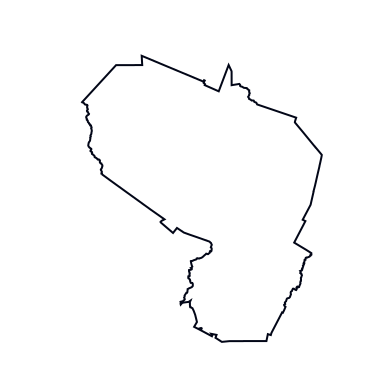 Villagrán, Tamaulipas, Mexico, rotated 289°
{"feature_id": "50627088B25929785695958", "entity_name": "Villagrán", "entity_type": "district", "adm_level": 2, "iso_a3": "MEX", "parent_name": "Mexico", "parent_adm1": "Tamaulipas", "projection": "mercator", "projection_center": [-99.363, 24.589], "detail": "fine", "context": "isolated", "style": "outline", "palette": "ink", "viewbox_px": 384, "rotation_deg": 289, "n_neighbors": 0, "source": "geoboundaries", "source_scale": "gbopen_adm2", "svg_char_len": 5849}
<svg xmlns="http://www.w3.org/2000/svg" viewBox="0 0 384 384"><g transform="rotate(289 192 192)"><path d="M179.3,101.5L176.1,111.8L161.8,159.0L157.2,174.9L155.2,173.0L154.8,172.6L153.4,172.0L152.8,172.9L147.1,187.4L153.1,189.5L151.0,197.5L150.9,203.7L150.9,211.9L150.8,224.6L150.7,225.0L150.2,225.7L150.1,226.4L148.5,227.9L145.8,227.8L145.2,228.9L144.1,229.3L143.4,229.4L142.7,229.6L142.1,229.4L142.1,228.4L141.7,228.2L141.0,228.5L140.5,228.6L139.2,227.8L138.7,227.6L138.4,227.3L138.4,225.9L138.3,225.5L137.4,225.2L136.6,224.6L134.3,223.4L133.5,222.9L132.4,221.8L132.0,221.0L131.5,220.6L131.3,220.1L131.2,218.8L130.7,218.1L130.0,218.2L129.6,217.9L127.8,215.5L127.1,215.0L126.7,214.3L126.5,213.7L126.3,213.4L126.0,213.5L124.1,214.6L122.5,215.7L121.5,216.6L120.6,216.3L119.9,215.7L119.7,216.4L119.3,216.9L118.8,216.9L118.0,216.1L117.2,214.6L116.3,214.9L115.7,215.2L115.2,215.9L114.6,215.9L114.0,216.5L111.9,216.6L111.8,217.1L111.4,217.0L111.0,216.0L109.9,216.3L109.2,216.7L108.9,218.0L108.5,218.6L108.0,218.7L107.6,219.2L106.8,219.4L105.7,220.4L106.1,221.9L105.6,222.5L104.3,223.1L103.2,223.3L101.9,222.7L100.7,221.4L99.6,220.2L99.0,219.8L98.8,219.5L95.9,220.2L95.1,220.1L94.9,219.5L91.7,218.7L90.7,219.1L89.6,218.9L88.7,219.8L88.1,220.1L87.4,219.9L86.5,219.2L85.6,218.9L85.3,218.3L85.0,218.6L84.8,218.4L85.0,217.7L84.5,217.0L84.0,217.5L83.6,217.3L82.5,217.6L81.9,218.0L83.4,218.6L84.1,219.1L84.8,220.2L87.0,224.6L88.9,226.0L88.7,226.0L88.0,225.6L87.6,225.7L87.2,225.5L86.8,225.8L86.8,226.0L86.1,226.3L85.5,226.4L85.0,226.6L84.5,226.9L84.0,227.0L83.4,227.3L83.2,227.7L82.7,227.6L82.5,227.8L82.6,228.1L82.4,228.8L82.3,230.2L80.2,232.3L76.9,235.0L70.7,239.0L65.2,237.9L64.4,243.5L65.3,243.3L66.4,244.9L66.3,245.5L66.1,245.6L65.7,245.4L64.9,245.6L64.1,245.4L63.7,248.0L62.1,257.8L62.8,257.8L63.5,257.9L64.2,256.7L64.9,261.7L61.8,261.7L60.0,269.0L63.2,276.0L75.3,310.9L82.3,310.0L82.4,313.1L84.7,313.0L107.5,316.4L107.4,317.2L110.2,317.6L113.9,317.8L114.5,316.5L115.1,315.9L115.4,315.8L116.4,316.6L117.7,315.8L118.9,316.2L119.3,316.5L121.6,316.4L122.3,316.6L122.6,316.9L123.0,317.6L123.6,318.4L124.6,318.8L126.5,318.8L127.4,318.9L128.8,318.1L129.4,318.0L129.9,318.0L130.1,318.1L131.1,318.8L132.1,318.7L133.4,318.9L133.5,319.0L133.7,319.7L133.4,320.9L133.2,321.6L133.2,322.4L133.5,322.5L134.3,322.6L136.1,322.0L136.7,322.2L136.9,322.4L136.8,322.8L136.0,322.4L136.1,323.0L136.8,323.9L137.0,324.2L137.4,324.2L137.9,324.1L139.9,324.3L140.9,324.3L141.8,323.8L142.9,323.7L143.0,323.9L143.3,324.0L145.3,323.4L145.9,323.0L146.3,322.9L147.0,323.1L148.1,323.0L149.0,323.1L149.3,322.9L149.6,322.6L149.7,322.2L150.3,322.1L150.7,321.6L150.6,320.8L151.8,320.5L152.1,320.6L152.4,320.4L152.6,320.1L153.4,321.2L153.8,321.2L154.1,321.5L154.4,321.5L154.5,321.3L154.7,321.1L155.2,321.0L155.4,321.0L155.6,321.3L155.9,321.4L156.3,321.2L156.8,321.3L157.7,321.4L158.2,321.2L158.5,320.9L159.2,321.3L159.6,321.4L159.9,321.1L160.6,321.4L160.8,321.4L160.7,320.9L160.8,320.7L161.0,320.7L161.6,321.1L161.9,320.8L162.3,320.9L163.2,320.9L164.4,320.5L164.8,320.7L164.9,321.3L166.8,321.0L167.4,321.6L167.4,322.1L169.1,324.1L169.8,324.4L170.2,324.7L170.5,324.5L171.2,325.1L171.4,324.9L171.5,325.2L172.1,325.2L172.3,324.9L173.1,324.7L174.6,318.3L177.4,305.1L201.4,308.7L201.8,305.7L218.5,308.3L231.5,306.9L231.4,307.5L231.9,306.7L238.5,306.2L240.0,306.0L240.3,306.0L248.4,305.1L249.4,305.0L251.3,304.8L257.3,304.2L258.5,304.0L260.5,303.8L266.5,303.1L268.6,302.8L269.4,302.6L274.8,293.7L274.7,293.7L285.0,277.0L291.3,266.6L291.9,266.5L292.1,266.4L296.2,266.3L296.0,225.1L297.4,223.7L297.5,221.6L298.5,220.6L298.4,219.8L297.9,218.6L298.5,217.1L298.5,215.8L299.6,215.0L300.2,214.1L302.3,214.6L303.0,214.2L304.0,214.5L304.9,213.9L305.2,213.4L306.8,213.0L307.0,212.0L307.4,211.4L307.4,210.8L308.1,210.0L307.4,207.2L307.9,204.8L307.7,204.1L308.0,202.9L309.0,202.6L309.6,201.6L305.9,194.7L318.6,190.3L319.3,189.9L324.0,185.3L295.9,184.5L297.2,169.2L298.2,169.2L298.8,167.9L298.9,167.5L299.3,167.3L300.0,167.6L300.6,167.7L301.1,167.6L301.5,167.7L301.6,167.0L300.1,166.8L304.4,100.1L295.8,103.6L287.2,78.9L241.1,58.8L241.0,59.0L241.1,59.4L240.9,60.8L240.4,61.5L239.9,62.4L239.9,62.7L240.1,63.3L240.0,63.9L240.2,64.2L240.2,64.6L239.8,65.0L239.6,65.1L238.9,65.0L238.1,65.1L237.6,65.6L237.1,65.7L236.6,66.4L236.4,66.6L236.0,66.6L235.2,66.2L234.7,66.2L234.4,66.3L233.9,66.7L233.9,67.3L233.7,67.6L232.7,68.4L232.5,68.9L232.3,69.2L231.9,69.2L231.2,68.8L230.1,67.9L229.8,67.8L228.9,67.5L228.2,67.6L227.7,68.1L226.8,68.5L226.7,68.6L226.7,69.0L226.4,69.2L225.9,69.2L225.8,69.4L225.8,69.8L225.4,70.3L225.0,70.4L224.3,70.8L224.1,71.2L224.0,71.6L223.7,72.1L223.3,72.2L223.1,72.3L223.0,73.1L222.6,73.6L222.5,74.0L222.4,74.1L221.9,74.1L222.0,74.7L221.9,74.9L220.7,75.6L220.5,76.0L220.0,76.1L219.5,75.9L219.2,76.0L218.9,76.4L217.7,77.1L217.4,77.3L216.5,77.5L215.8,77.5L214.7,77.8L214.1,77.8L213.8,77.9L213.2,77.7L212.3,77.6L212.0,77.7L211.8,78.1L211.6,78.2L211.4,78.3L210.4,78.0L210.2,78.0L209.5,78.5L209.1,78.5L208.2,78.7L207.8,78.8L206.9,78.8L205.3,78.3L203.5,78.5L202.1,78.8L201.7,79.2L201.3,79.5L201.0,80.1L200.8,80.3L200.6,80.7L200.6,81.0L200.2,81.8L200.1,82.6L199.8,82.9L199.2,82.9L198.8,82.8L198.4,82.6L197.7,82.6L197.4,83.0L197.4,84.0L197.2,84.4L196.6,84.8L196.1,84.7L195.9,84.9L195.4,85.1L195.3,86.0L194.9,86.6L194.7,87.5L194.5,87.8L194.2,88.2L193.5,88.4L193.3,88.6L193.2,88.7L193.2,89.5L193.0,90.0L193.0,90.4L192.7,91.1L192.5,92.0L192.1,92.1L192.0,92.4L192.0,92.8L192.4,93.5L192.4,93.9L192.3,94.1L191.5,94.9L190.8,94.9L190.1,95.2L190.0,95.3L189.4,96.1L189.3,96.5L189.5,96.7L189.5,97.0L189.1,97.2L188.2,98.5L187.8,98.7L187.2,98.7L187.0,98.9L185.6,98.9L184.9,98.9L184.4,98.7L184.1,98.6L183.9,98.7L183.5,98.5L183.4,98.5L183.0,98.8L182.7,99.3L182.0,99.9L181.8,100.2L181.1,100.3L180.9,100.2L180.2,100.3L180.3,100.5L180.3,100.8L179.7,101.2L179.3,101.5Z" fill="none" stroke="#020617" stroke-width="2"/></g></svg>